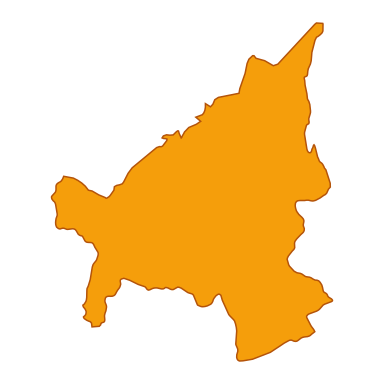 an SVG outline of Loei
{"feature_id": "THA-445", "entity_name": "Loei", "entity_type": "Province", "adm_level": 1, "iso_a3": "THA", "parent_name": "Thailand", "parent_adm1": "", "projection": "mercator", "projection_center": [101.577, 17.486], "detail": "fine", "context": "isolated", "style": "filled", "palette": "amber", "viewbox_px": 384, "rotation_deg": 0, "n_neighbors": 0, "source": "natural_earth", "source_scale": "10m", "svg_char_len": 5975}
<svg xmlns="http://www.w3.org/2000/svg" viewBox="0 0 384 384"><path d="M63.7,176.3L73.4,178.1L77.7,180.3L81.7,183.0L85.3,186.2L88.4,190.2L92.1,191.0L98.8,194.9L105.1,197.5L106.0,198.2L106.8,198.1L108.9,196.8L110.1,195.6L113.9,190.2L114.4,186.7L116.7,185.4L119.6,184.8L122.3,183.8L123.7,181.9L128.1,173.3L132.2,167.8L156.6,147.6L159.4,146.6L161.1,146.7L162.5,146.2L166.4,141.1L166.8,140.5L167.0,139.1L165.8,138.7L163.5,138.5L162.1,137.9L163.4,135.9L166.5,134.8L169.8,135.2L173.2,134.9L176.1,132.0L177.1,131.2L177.9,130.8L178.5,131.0L179.2,133.5L181.2,137.9L181.7,137.4L182.5,135.6L183.6,133.8L184.5,132.0L188.8,127.5L196.3,124.3L200.7,121.3L195.8,117.2L202.4,114.7L203.9,112.7L204.9,110.2L205.4,107.1L205.4,103.6L210.5,106.8L212.9,104.2L214.8,99.7L218.4,97.4L239.0,93.3L239.8,88.7L245.1,73.4L247.1,63.5L248.9,59.2L252.6,55.7L254.0,55.7L256.0,58.3L264.7,60.7L273.3,65.7L277.8,64.2L314.8,24.3L316.4,23.0L322.8,23.4L323.0,24.0L322.9,30.9L322.5,32.0L321.8,33.2L319.9,35.0L317.9,36.5L316.5,37.2L315.0,40.3L311.9,52.3L311.2,60.7L310.9,62.0L310.4,64.0L308.3,68.7L307.8,71.1L307.5,74.4L307.1,75.7L306.2,76.4L305.3,76.7L304.4,77.2L304.2,78.0L304.3,78.7L304.7,80.5L305.1,85.2L306.9,93.8L307.4,98.5L307.6,99.3L308.8,101.3L309.8,104.5L310.5,110.8L310.5,112.4L310.3,113.4L308.8,118.5L308.8,120.0L309.1,122.0L309.0,123.0L308.6,123.8L307.2,124.5L306.7,125.0L306.3,125.8L304.6,132.2L304.5,133.7L304.6,134.9L306.9,149.1L307.4,150.7L308.2,152.0L308.8,152.5L309.4,152.7L310.2,152.7L310.9,152.2L311.3,151.6L311.6,150.8L311.8,149.9L312.0,149.1L312.8,147.7L313.5,145.3L314.0,144.8L314.7,145.8L315.4,148.0L317.7,157.3L318.1,157.9L318.8,159.6L319.1,160.7L320.2,162.1L321.5,163.0L322.0,163.5L322.5,164.1L322.9,164.7L323.9,166.6L324.4,168.0L325.9,169.8L330.2,183.2L330.3,187.1L328.5,189.1L326.7,193.1L325.4,194.5L323.7,195.4L320.2,197.9L315.7,200.3L314.3,200.7L312.9,201.0L311.0,200.8L308.4,200.2L306.5,200.2L304.7,200.5L300.0,200.5L297.5,200.8L296.3,201.8L295.6,202.8L295.4,203.7L295.3,204.6L295.2,205.5L295.3,206.5L295.6,208.2L296.1,209.9L296.7,211.4L298.4,213.8L298.7,214.3L302.1,217.5L303.1,218.7L303.5,219.4L303.7,220.1L303.9,220.9L303.8,221.9L303.3,224.4L303.3,225.3L303.4,226.1L304.0,227.7L304.3,228.7L304.2,230.3L303.9,231.2L303.4,232.1L302.7,232.9L300.9,234.5L296.9,238.7L295.7,240.3L294.9,241.5L294.7,242.3L294.5,243.2L294.7,247.7L294.3,248.7L293.8,249.5L293.3,250.0L292.3,251.0L288.4,256.0L287.5,257.8L287.1,259.2L288.7,264.8L289.5,266.2L294.1,271.2L296.8,272.7L297.6,272.9L300.4,273.4L302.0,274.1L305.1,276.3L305.8,276.6L306.7,276.8L309.6,277.2L311.1,277.8L313.1,279.1L314.5,279.8L315.3,280.1L317.0,280.2L318.6,280.8L319.2,281.3L320.2,282.4L321.8,285.0L322.5,287.3L323.2,290.8L323.6,291.7L324.1,292.2L326.1,293.4L326.7,293.9L327.1,294.5L327.5,295.2L327.7,296.0L328.2,296.7L328.7,297.2L330.8,298.5L331.6,299.0L332.4,300.0L332.5,300.7L332.1,301.2L331.5,301.6L324.6,304.2L323.1,305.1L319.8,308.9L318.7,309.9L318.1,310.3L316.7,311.1L309.1,313.9L308.3,314.3L307.5,315.0L306.7,316.0L306.6,316.9L306.8,317.7L310.7,325.3L311.5,326.6L313.4,329.1L313.8,329.7L314.8,331.7L311.1,334.6L310.5,335.3L309.1,336.1L307.5,336.6L304.7,336.9L302.8,337.3L301.2,338.0L298.1,340.4L297.0,341.1L295.8,341.4L294.1,341.2L291.7,340.2L291.0,340.1L290.1,340.2L289.2,340.4L284.4,343.0L270.4,352.3L252.6,359.2L243.1,360.8L239.6,361.0L238.8,360.7L238.0,360.2L237.3,359.3L237.0,358.5L236.7,357.6L236.7,356.6L236.8,354.7L237.8,351.3L237.8,350.3L237.7,349.0L235.9,344.7L235.8,343.8L236.7,330.9L236.3,327.4L235.5,323.8L234.5,320.9L233.6,319.7L229.5,315.5L228.7,314.4L222.3,300.2L220.9,295.3L219.8,294.4L219.0,294.1L218.1,294.3L216.9,295.1L216.2,295.6L215.7,296.1L213.8,298.6L213.2,300.0L212.7,301.6L212.3,302.3L211.9,303.0L210.9,304.1L210.2,304.5L207.3,305.9L206.5,306.1L205.0,306.5L203.1,306.7L201.9,306.7L200.6,306.4L197.8,305.2L197.4,304.8L193.5,295.3L192.8,294.4L192.0,293.9L188.7,292.9L187.7,292.5L181.3,288.2L179.4,287.4L177.9,287.1L177.2,287.4L173.8,289.3L173.0,289.6L171.9,289.6L170.4,289.2L168.1,288.0L166.7,287.6L165.6,287.5L165.0,287.8L164.4,288.3L163.7,288.7L163.0,288.9L161.3,288.9L157.5,288.0L156.6,287.9L155.6,287.9L153.8,288.1L152.3,288.6L149.8,289.8L148.5,290.1L147.5,289.7L146.7,288.9L145.7,287.4L144.8,286.7L138.1,284.4L129.8,280.3L123.9,278.3L121.5,279.0L120.9,279.4L120.4,280.0L120.2,280.8L120.3,281.7L120.6,283.4L120.7,284.2L120.2,286.0L119.6,287.5L119.2,288.1L117.6,290.2L116.2,292.6L115.9,293.3L115.1,294.6L114.6,295.1L113.9,295.6L112.4,296.2L110.4,296.3L109.1,296.2L108.0,296.3L107.1,296.5L106.4,296.9L105.8,297.4L105.4,298.1L105.0,299.9L104.9,300.8L105.0,301.7L105.2,302.5L106.3,305.3L106.5,306.4L106.5,307.3L105.9,310.8L105.0,313.3L104.6,315.0L104.5,316.0L104.8,319.8L104.7,320.6L104.5,321.4L104.0,322.0L103.3,322.3L101.8,322.8L101.2,323.3L100.8,323.9L100.7,324.8L99.9,325.6L99.3,326.3L92.0,326.9L91.5,323.1L90.3,321.7L89.5,321.5L86.8,320.3L84.4,318.7L83.6,317.6L83.5,316.8L84.1,316.3L84.7,315.8L85.4,315.0L85.9,314.0L86.2,311.8L85.7,310.3L84.9,308.8L83.4,307.0L83.0,305.9L82.9,305.3L82.9,305.1L83.9,304.4L84.4,303.9L86.0,301.3L86.4,299.8L86.7,297.5L86.9,290.0L87.1,288.4L88.2,286.2L90.2,279.7L92.3,267.0L93.1,264.6L93.9,263.4L96.3,260.4L96.8,259.2L98.1,255.2L98.2,253.7L98.1,252.6L97.8,252.0L94.9,247.3L93.8,244.9L93.3,244.0L92.7,243.3L92.0,242.8L91.3,242.6L90.3,242.5L88.3,242.4L87.4,242.3L86.5,242.1L85.8,241.7L85.2,241.2L84.8,240.6L83.0,237.2L82.6,236.5L82.0,236.0L81.2,235.7L80.4,235.6L79.4,235.1L78.3,234.3L76.2,230.7L75.4,229.7L74.8,229.3L74.0,229.0L73.2,228.8L72.2,228.8L68.5,229.3L67.6,229.4L66.7,229.3L65.9,229.0L64.4,228.4L63.6,228.2L62.7,228.2L61.1,228.6L60.4,228.9L59.4,228.9L58.3,228.5L56.6,227.1L56.0,225.6L55.7,224.3L55.6,222.3L55.8,220.3L56.1,218.5L57.2,215.4L57.2,213.9L55.6,204.4L55.0,202.7L54.3,201.7L53.3,200.9L52.0,199.2L51.6,198.0L51.5,196.9L51.8,196.2L52.3,195.6L55.3,192.3L55.7,191.3L56.0,190.1L56.0,186.3L56.2,185.2L56.6,184.5L57.0,183.9L58.2,182.9L60.2,181.8L60.8,181.4L61.4,180.8L61.8,180.2L62.7,178.8L63.7,176.3Z" fill="#f59e0b" stroke="#b45309" stroke-width="1.5"/></svg>